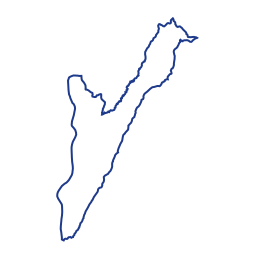 Nariño, Cundinamarca, Colombia (Natural Earth projection), rotated 352°
{"feature_id": "7082276B15133732541467", "entity_name": "Nariño", "entity_type": "district", "adm_level": 2, "iso_a3": "COL", "parent_name": "Colombia", "parent_adm1": "Cundinamarca", "projection": "natural_earth1", "projection_center": [-74.789, 4.405], "detail": "fine", "context": "isolated", "style": "outline", "palette": "blue", "viewbox_px": 256, "rotation_deg": 352, "n_neighbors": 0, "source": "geoboundaries", "source_scale": "gbopen_adm2", "svg_char_len": 5719}
<svg xmlns="http://www.w3.org/2000/svg" viewBox="0 0 256 256"><g transform="rotate(352 128 128)"><path d="M187.7,25.6L185.7,27.0L185.4,27.4L185.3,28.0L185.2,29.4L184.9,30.0L184.4,30.3L183.7,30.3L182.8,29.8L182.1,29.7L181.4,29.9L179.2,31.7L178.0,32.4L177.1,32.1L175.6,30.7L174.6,30.3L174.5,30.0L174.0,29.6L173.4,29.5L173.0,29.6L172.1,30.9L172.1,31.2L172.2,32.6L172.4,33.3L172.4,34.1L171.6,35.7L171.4,37.2L169.0,39.5L168.6,40.0L168.4,40.8L168.0,41.5L165.7,42.7L165.1,44.2L164.3,45.0L163.0,45.5L162.6,45.7L161.5,47.9L160.5,49.0L159.9,50.3L158.0,51.8L155.6,55.1L155.2,57.5L155.3,59.6L155.1,61.5L154.7,62.7L154.1,63.3L154.0,64.0L153.7,64.5L153.3,64.6L152.7,64.5L152.0,65.2L151.1,65.6L150.5,66.8L150.5,68.0L149.6,69.5L148.3,70.5L147.5,70.8L147.7,71.3L147.1,71.6L146.7,72.5L146.1,73.1L146.1,75.3L145.8,75.9L145.6,76.5L145.8,77.5L145.4,77.8L144.7,77.9L144.2,78.3L143.2,79.7L143.0,79.8L141.6,79.9L140.8,80.7L140.6,82.1L140.2,82.5L139.9,82.4L139.8,81.7L139.5,81.6L139.2,81.9L139.2,82.7L139.1,82.9L138.9,82.9L138.6,82.0L138.4,81.9L138.1,82.0L137.9,82.8L137.6,83.0L137.5,82.9L137.1,82.3L136.7,82.3L136.5,82.8L136.6,83.5L136.5,83.8L135.5,84.2L135.1,85.2L134.7,85.6L134.3,85.7L134.1,86.3L133.1,86.5L132.4,87.3L132.3,87.8L132.4,88.1L133.1,89.2L132.8,89.4L132.6,90.1L132.1,90.1L131.7,90.3L131.7,91.6L131.5,92.2L131.1,92.4L130.4,92.2L130.4,92.3L130.5,92.6L130.4,93.0L129.6,94.2L128.9,94.4L128.6,95.0L128.4,95.3L128.2,95.3L127.8,94.9L127.4,95.0L127.1,95.4L127.3,96.0L126.3,96.7L126.2,97.5L125.4,97.5L125.1,97.7L125.0,98.0L125.2,98.4L125.3,98.7L125.1,99.1L125.0,100.1L124.6,100.6L124.3,100.6L123.7,100.2L123.0,100.3L122.6,101.1L122.1,101.2L121.9,101.3L121.1,102.8L120.9,102.8L120.4,102.4L120.2,102.5L119.5,103.9L118.9,104.2L118.7,104.5L118.5,105.9L117.9,106.0L117.6,106.2L117.6,107.0L116.9,108.1L114.6,108.6L114.0,108.4L113.6,108.0L113.2,108.0L112.0,109.1L111.6,109.7L111.2,109.6L110.7,109.0L110.1,109.6L109.7,109.8L108.9,109.8L108.5,110.0L107.8,110.1L107.4,109.9L106.8,109.4L106.7,109.5L106.7,110.1L106.6,110.3L104.5,111.1L104.1,111.1L104.4,110.2L104.4,109.1L104.9,108.5L105.0,107.8L105.6,106.7L105.7,105.9L105.9,105.3L106.7,104.4L107.5,102.6L108.2,101.7L108.8,99.3L106.0,95.9L105.7,94.7L105.7,93.9L106.1,91.6L106.1,90.9L105.6,90.6L103.9,90.9L102.5,91.5L101.8,91.3L101.2,91.8L100.6,92.7L100.2,92.8L99.2,92.7L97.2,91.9L97.1,91.2L97.2,90.7L97.7,89.9L97.6,88.3L95.9,87.2L94.2,85.3L92.5,84.2L91.6,84.1L91.4,83.9L91.4,83.4L91.7,82.1L91.7,81.2L91.8,80.7L91.8,79.8L91.4,78.6L90.7,76.9L89.2,74.5L89.0,74.0L88.9,72.6L89.1,69.9L87.2,69.7L85.2,69.1L81.4,68.4L79.7,68.7L77.9,69.2L76.9,69.6L76.6,69.9L75.2,72.7L74.4,82.1L74.3,86.4L75.0,89.1L75.0,90.1L76.5,95.6L77.4,96.5L77.8,97.5L78.3,99.2L78.3,100.8L78.2,101.7L76.1,107.8L73.5,113.5L72.7,116.8L72.7,118.0L73.3,119.0L74.4,120.6L75.5,122.7L75.9,125.2L75.8,127.4L74.4,129.9L71.5,133.9L70.3,136.5L69.5,139.0L69.1,141.7L68.3,149.5L68.0,153.7L68.0,157.4L67.8,160.3L66.6,165.0L65.7,166.9L62.4,171.1L60.6,172.7L59.3,173.6L57.4,174.4L54.5,176.2L50.9,180.1L49.6,181.8L48.8,183.6L48.4,185.8L49.0,188.1L51.8,194.4L51.8,196.3L51.2,202.0L50.5,205.3L49.5,208.7L47.8,215.9L47.3,218.7L47.4,221.9L47.3,227.1L47.0,229.2L48.4,230.3L48.7,230.4L49.5,229.2L50.7,228.9L51.8,229.3L52.4,229.3L52.8,229.1L53.6,228.2L54.2,227.9L55.0,228.0L55.8,227.9L56.6,228.8L57.6,228.4L58.4,228.4L58.9,227.2L59.9,226.6L60.2,225.5L60.5,225.1L61.1,224.9L62.3,223.3L62.5,222.9L62.8,222.5L63.9,222.1L64.5,221.6L64.7,221.0L65.3,220.5L65.5,219.7L66.2,219.2L66.4,218.2L67.0,217.4L67.6,215.7L68.5,215.1L69.2,214.4L70.0,213.3L70.4,212.2L71.5,211.0L71.5,210.2L72.0,209.2L72.6,207.8L73.4,206.8L74.4,204.7L76.5,202.1L78.6,199.2L78.9,198.6L81.4,196.0L81.9,195.3L82.1,194.8L82.9,194.3L83.3,193.6L84.7,191.5L88.9,187.1L89.4,186.1L89.9,184.5L90.7,183.7L91.7,183.2L92.8,183.2L93.4,183.0L93.9,182.5L94.6,181.1L94.6,180.2L94.9,179.4L95.9,178.5L96.6,177.5L97.1,175.8L97.2,173.2L98.4,172.0L101.9,170.6L103.2,169.1L104.6,168.1L105.8,166.4L106.4,165.3L106.9,164.2L107.4,160.8L107.9,159.6L108.5,159.1L108.5,158.5L108.8,157.8L110.9,154.5L111.4,153.2L112.9,151.8L114.8,150.8L114.6,149.5L115.8,146.8L118.3,142.6L120.2,140.2L120.8,138.8L121.6,136.1L122.4,134.3L122.8,133.9L124.2,133.0L124.6,132.3L127.9,129.6L128.6,126.8L128.7,125.7L130.5,124.2L131.8,123.2L132.5,122.2L133.6,119.4L133.9,119.1L135.8,118.0L136.3,116.8L136.7,116.1L137.0,115.1L137.7,114.1L137.7,112.4L139.1,109.9L140.1,108.8L141.2,108.3L142.0,107.6L142.9,106.6L144.4,104.3L145.1,103.0L145.1,102.4L145.3,102.0L146.3,101.6L146.9,101.5L147.3,101.0L147.6,100.1L147.7,98.8L148.1,97.9L148.8,96.8L149.8,96.0L152.2,94.6L155.4,92.3L157.8,91.0L159.7,91.0L162.8,90.5L163.7,90.6L165.1,91.0L165.4,90.9L166.9,89.6L167.8,88.0L168.1,87.7L168.7,87.7L169.6,87.0L170.3,87.0L170.9,86.7L171.3,85.7L171.8,85.5L173.5,85.1L174.2,85.3L174.1,84.3L174.3,83.7L174.5,82.7L176.9,80.6L177.8,80.4L178.5,80.3L178.7,80.1L178.7,78.8L178.4,77.0L179.4,75.5L180.2,75.1L180.5,75.1L181.2,74.2L182.3,71.9L182.3,71.0L183.2,67.8L183.7,66.3L184.3,63.1L184.1,62.1L183.9,59.4L183.9,58.8L184.3,57.7L184.9,56.9L185.7,56.3L186.1,56.0L187.0,55.7L188.3,54.5L188.3,54.3L189.6,52.7L190.0,51.8L190.5,51.2L190.6,50.8L191.6,50.2L191.7,49.7L191.6,48.6L191.7,48.3L192.2,47.9L193.4,49.4L193.9,49.7L194.2,49.7L194.5,49.2L196.1,49.0L198.9,49.3L200.2,50.0L201.4,51.2L202.4,51.5L202.7,51.5L203.3,51.2L204.4,50.2L206.2,49.2L207.8,48.5L208.6,48.6L209.0,48.4L208.3,47.8L205.7,46.9L202.5,46.8L201.6,46.5L200.9,46.5L200.1,46.2L199.9,45.5L199.8,43.9L198.8,42.9L199.0,42.3L198.7,41.3L196.1,37.9L195.2,36.3L194.4,35.6L193.9,34.9L193.5,34.6L192.4,34.6L191.4,34.9L190.3,34.2L190.1,33.9L190.1,33.4L189.3,31.9L189.3,31.4L189.5,30.8L189.4,30.1L189.0,29.2L188.1,28.4L188.0,28.0L188.2,27.3L188.1,27.1L187.9,25.8L187.7,25.6Z" fill="none" stroke="#1e3a8a" stroke-width="2"/></g></svg>